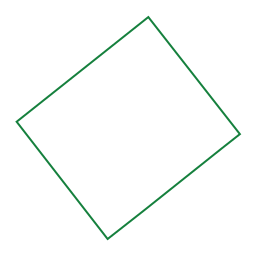 outline of Uvalde, Texas, United States of America, rotated 142°
{"feature_id": "52423323B37617394138403", "entity_name": "Uvalde", "entity_type": "district", "adm_level": 2, "iso_a3": "USA", "parent_name": "United States of America", "parent_adm1": "Texas", "projection": "mercator", "projection_center": [-99.826, 29.357], "detail": "fine", "context": "isolated", "style": "outline", "palette": "green", "viewbox_px": 256, "rotation_deg": 142, "n_neighbors": 0, "source": "geoboundaries", "source_scale": "gbopen_adm2", "svg_char_len": 241}
<svg xmlns="http://www.w3.org/2000/svg" viewBox="0 0 256 256"><g transform="rotate(142 128 128)"><path d="M43.6,54.3L43.7,202.9L211.9,201.5L212.4,53.1L166.3,53.2L67.2,54.2L43.6,54.3Z" fill="none" stroke="#15803d" stroke-width="2"/></g></svg>